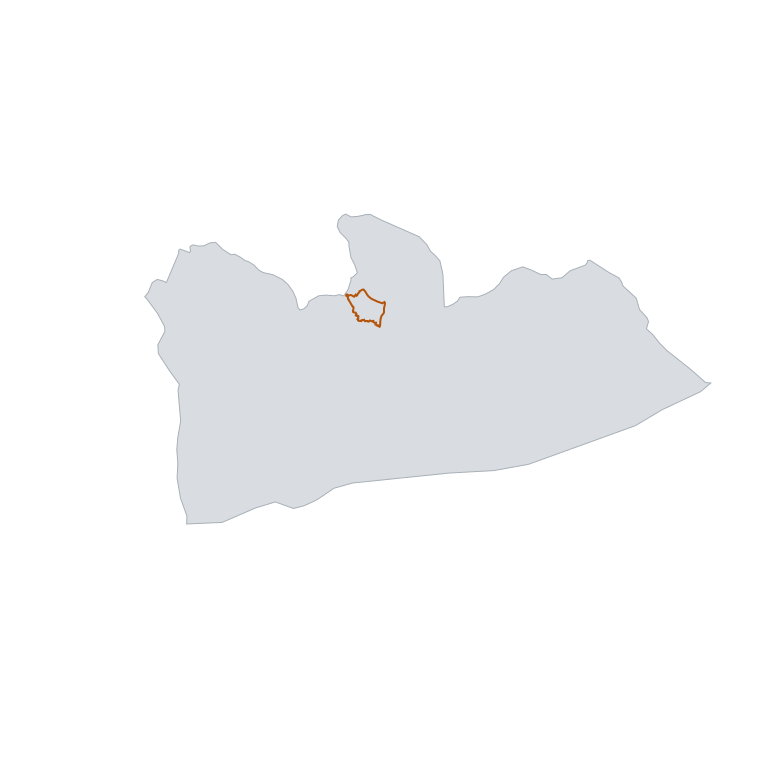 Meinpea-Mahn, Nimba, Liberia shown in context, rotated 312°
{"feature_id": "62588387B99870761463073", "entity_name": "Meinpea-Mahn", "entity_type": "district", "adm_level": 2, "iso_a3": "LBR", "parent_name": "Liberia", "parent_adm1": "Nimba", "projection": "mercator", "projection_center": [-9.109, 7.008], "detail": "fine", "context": "in_parent", "style": "outline", "palette": "amber", "viewbox_px": 768, "rotation_deg": 312, "n_neighbors": 0, "source": "geoboundaries", "source_scale": "gbopen_adm2", "svg_char_len": 4560}
<svg xmlns="http://www.w3.org/2000/svg" viewBox="0 0 768 768"><g transform="rotate(312 384 384)"><path d="M147.9,331.0L154.0,325.9L163.0,309.2L175.5,293.3L187.2,283.8L196.5,274.0L206.2,266.6L220.3,257.8L241.8,234.9L246.8,232.2L250.2,216.3L255.6,196.0L261.8,189.7L276.4,186.0L279.9,182.5L285.0,168.2L288.4,151.5L288.7,147.9L294.4,147.5L304.3,143.9L310.0,145.5L312.5,150.3L313.8,154.4L343.7,144.0L346.3,141.8L347.8,142.2L351.6,151.6L353.8,151.0L355.6,148.3L357.5,148.0L359.9,149.3L362.2,153.6L366.0,157.6L372.5,160.3L376.6,164.1L376.1,174.1L377.7,183.8L380.5,186.1L382.0,191.9L382.8,198.2L384.3,201.6L385.4,208.0L384.8,214.9L386.0,219.8L390.8,228.1L393.7,238.6L393.7,246.1L392.0,253.9L388.9,261.1L383.3,268.9L382.8,272.0L386.1,274.1L391.1,274.5L395.3,272.9L405.9,276.5L411.4,281.6L416.3,288.0L420.7,291.2L422.6,295.2L430.1,294.1L438.8,290.2L440.6,288.4L443.2,289.4L448.8,289.8L452.8,282.8L455.9,274.8L462.7,266.1L466.0,262.8L466.9,257.2L467.2,250.1L469.7,243.9L475.3,240.4L481.3,240.5L484.6,241.8L486.2,247.8L491.1,252.4L495.2,255.5L497.4,256.8L500.8,260.4L504.1,272.5L517.0,311.6L516.3,322.4L513.8,329.5L513.7,336.4L512.9,343.2L505.0,354.3L481.7,377.2L483.5,379.2L489.1,381.8L494.7,383.1L499.4,382.4L505.2,388.1L511.4,395.3L518.1,399.0L527.7,402.3L536.0,402.7L543.2,401.4L553.2,402.8L563.9,408.7L567.7,418.5L570.2,427.1L574.0,431.4L574.5,438.8L582.1,445.2L592.9,446.6L607.0,454.1L610.5,453.7L612.1,452.8L613.8,454.2L617.3,476.2L620.1,487.8L618.6,492.5L616.7,496.2L616.6,513.9L610.3,524.1L609.2,535.2L607.4,538.8L600.6,542.1L600.6,550.6L598.8,561.0L598.1,572.0L600.0,600.7L600.3,622.1L603.4,626.2L590.2,624.4L551.3,608.0L521.3,598.7L421.0,545.1L393.1,523.5L360.9,491.5L289.4,426.9L273.1,416.6L252.6,411.5L239.9,406.0L230.9,400.0L223.6,382.1L205.8,371.4L172.8,356.3L147.9,331.0Z" fill="#d9dde1" stroke="#a8b0b8" stroke-width="1"/><path d="M423.8,299.5L423.6,300.0L423.3,300.3L423.1,300.6L423.1,301.1L422.9,301.1L422.8,301.7L422.7,302.1L422.3,303.2L421.9,304.5L421.7,305.2L421.2,306.6L421.1,307.1L420.6,308.4L420.8,308.9L420.8,309.1L420.9,309.3L420.4,309.9L420.4,310.2L420.3,310.3L420.0,310.6L419.9,310.6L418.5,311.5L418.1,311.7L418.0,311.8L417.9,311.8L417.6,312.1L417.3,312.3L417.0,312.7L416.8,313.1L417.4,314.2L417.4,314.3L417.6,314.5L418.0,315.0L417.9,315.5L417.9,316.0L417.6,316.7L417.3,317.0L417.1,316.8L416.8,316.9L416.8,317.1L416.5,317.1L416.4,316.9L416.2,316.9L416.1,317.1L416.5,317.8L416.3,318.1L416.3,318.3L416.5,318.7L416.8,318.7L417.0,319.2L417.3,319.4L417.3,319.6L417.1,319.8L416.2,320.2L415.7,320.7L415.7,320.8L415.3,320.8L414.9,320.8L414.8,321.0L414.6,320.9L414.4,320.9L414.4,321.1L414.5,321.3L414.0,322.1L413.9,322.2L413.9,322.8L414.1,323.0L414.4,323.5L414.5,323.6L414.9,323.9L415.0,323.9L415.0,324.0L415.2,324.4L415.3,324.5L415.3,324.8L415.4,325.0L415.7,325.1L415.8,325.1L416.1,324.9L416.4,324.8L416.5,324.8L417.1,325.0L417.7,326.0L418.0,326.1L418.4,326.3L418.3,326.5L418.2,326.6L418.2,326.8L418.1,327.4L418.1,327.6L418.0,328.0L418.6,328.3L419.4,329.2L419.6,329.4L419.8,329.6L419.8,330.1L419.7,330.4L419.7,330.5L420.0,330.7L420.2,330.8L420.5,331.0L421.0,330.9L421.7,331.0L421.9,331.1L422.0,331.4L422.1,332.2L422.2,332.6L422.4,332.9L422.7,333.1L422.9,333.2L423.1,333.4L423.4,333.5L423.7,333.6L423.8,333.7L423.8,333.8L423.6,333.9L423.4,334.1L423.0,334.4L422.9,334.5L423.0,335.4L423.2,335.7L423.3,335.8L423.5,336.0L423.6,336.5L423.8,336.7L423.9,336.8L424.2,337.1L423.6,337.5L423.0,337.4L422.8,337.5L422.7,337.6L422.9,337.7L423.0,337.7L423.0,338.0L422.7,338.4L422.7,338.5L422.7,339.1L422.8,339.7L422.8,340.1L423.0,340.5L423.1,340.4L423.1,340.0L423.3,339.9L423.5,340.1L423.7,340.4L423.8,340.6L423.4,341.2L423.4,341.3L423.4,341.5L423.6,342.4L424.8,342.0L426.0,341.1L427.7,339.6L428.4,339.1L430.2,337.9L430.8,337.5L432.4,336.9L433.1,336.5L435.5,336.5L435.8,336.5L437.3,336.0L439.4,334.1L439.8,333.7L441.2,332.8L441.5,332.6L441.8,332.5L443.4,331.6L444.7,330.7L445.2,329.5L442.8,328.7L442.2,327.1L441.4,325.3L440.9,324.2L440.8,323.8L440.3,322.1L439.4,319.2L438.9,317.5L438.8,315.3L438.8,315.1L438.7,314.0L438.7,313.9L439.0,312.4L439.1,311.8L439.1,311.6L440.0,309.0L440.4,306.8L440.5,306.3L440.5,305.6L440.0,305.0L436.5,303.7L436.3,304.0L435.7,304.3L433.8,304.1L433.0,304.4L432.8,304.5L431.7,304.7L431.2,304.5L431.6,303.8L431.6,303.5L431.6,303.2L430.2,303.2L429.7,303.3L428.9,303.4L428.6,302.8L428.5,301.6L428.4,301.1L428.2,300.7L428.0,299.9L427.9,299.7L426.5,298.8L426.0,298.6L426.0,297.9L426.0,297.7L425.9,296.8L425.4,296.2L425.0,296.3L424.6,296.6L424.3,297.1L424.5,298.0L424.5,298.9L423.8,299.5Z" fill="none" stroke="#b45309" stroke-width="2"/></g></svg>